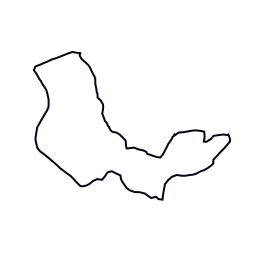 the district of Qakh District, Qax, Azerbaijan, rotated 280°
{"feature_id": "54616110B49356278605879", "entity_name": "Qakh District", "entity_type": "district", "adm_level": 2, "iso_a3": "AZE", "parent_name": "Azerbaijan", "parent_adm1": "Qax", "projection": "orthographic", "projection_center": [46.895, 41.256], "detail": "fine", "context": "isolated", "style": "outline", "palette": "ink", "viewbox_px": 256, "rotation_deg": 280, "n_neighbors": 0, "source": "geoboundaries", "source_scale": "gbopen_adm2", "svg_char_len": 2177}
<svg xmlns="http://www.w3.org/2000/svg" viewBox="0 0 256 256"><g transform="rotate(280 128 128)"><path d="M193.4,68.0L193.2,64.6L193.2,60.0L191.0,56.1L187.8,50.8L184.6,45.7L182.2,40.9L179.1,36.7L177.4,33.8L174.9,30.2L172.6,26.2L168.7,25.2L165.4,28.5L163.5,30.1L160.8,32.2L159.0,34.2L157.6,35.2L156.5,36.0L153.8,38.7L151.2,41.0L147.4,42.8L142.8,44.7L140.0,45.3L135.0,46.1L130.8,45.1L128.3,44.1L125.3,43.0L120.6,41.2L117.3,40.1L113.0,38.5L110.2,38.5L102.8,38.6L99.6,39.1L94.9,41.2L92.6,42.2L89.7,45.6L87.6,49.9L85.7,53.3L83.6,57.0L81.5,60.5L79.3,64.2L76.6,68.2L74.6,72.1L72.8,75.6L70.9,79.7L68.2,83.5L65.6,86.7L62.8,90.9L62.7,91.0L62.6,93.3L64.3,97.4L66.3,99.8L69.6,102.6L72.3,106.4L72.5,111.4L76.5,113.7L80.9,115.6L82.6,119.6L80.9,125.0L80.0,128.8L76.6,129.9L73.8,131.9L72.1,133.7L68.9,136.8L66.9,140.6L66.1,145.7L66.8,150.6L66.4,155.8L64.6,159.6L63.1,163.1L65.1,167.4L63.3,170.4L63.3,170.7L63.4,174.4L67.7,174.1L73.0,174.1L79.2,174.2L83.8,176.7L87.7,179.9L90.2,184.2L90.3,189.3L91.1,193.4L92.2,196.2L93.2,199.8L94.7,202.8L97.9,207.0L99.6,210.1L101.7,212.8L104.8,215.8L106.6,217.3L108.4,218.5L108.1,218.1L111.5,217.6L119.8,222.9L124.3,226.0L128.0,228.2L132.4,230.8L134.8,230.4L137.5,228.9L138.9,228.0L138.4,227.5L138.1,222.8L136.1,216.4L134.9,213.4L131.7,211.7L128.0,207.6L127.8,205.0L132.8,205.0L137.5,203.7L137.7,202.4L137.7,199.6L137.5,195.7L137.0,193.2L135.9,189.9L135.0,187.5L133.4,182.9L132.3,178.7L128.6,175.0L129.2,174.7L127.8,174.2L126.8,173.4L124.7,172.9L121.4,171.5L119.0,170.3L115.5,169.4L112.2,168.3L110.4,167.8L107.4,166.6L104.6,165.0L104.4,161.8L104.9,157.7L105.5,154.6L105.8,151.6L107.7,150.1L108.6,146.6L108.7,142.3L109.7,137.3L108.4,133.0L107.6,130.2L110.6,128.9L111.6,128.9L115.3,127.8L116.8,125.6L118.2,123.9L119.0,122.3L120.0,121.2L121.5,117.7L121.4,115.0L121.8,112.5L123.7,110.4L125.5,109.3L127.2,107.3L128.0,107.2L129.6,105.8L131.0,104.0L133.8,102.5L136.3,101.0L137.8,100.1L141.2,100.2L143.8,100.0L146.9,99.3L150.5,96.2L152.6,92.8L156.2,92.1L157.6,91.1L161.9,89.7L164.6,88.6L166.6,88.0L171.6,87.0L174.9,84.4L176.9,82.9L181.2,79.9L183.0,78.0L185.4,74.5L186.5,72.5L188.1,70.1L191.0,67.8L193.4,68.0Z" fill="none" stroke="#020617" stroke-width="2"/></g></svg>